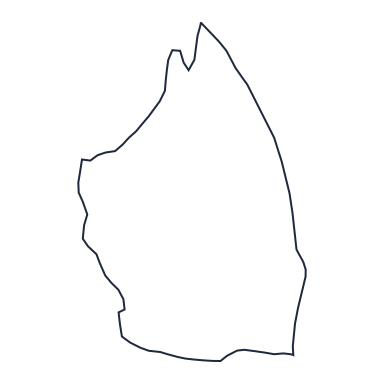 the district of VI-3 Black Bush Polder, East Berbice-Corentyne, Guyana
{"feature_id": "73187651B65372022493743", "entity_name": "VI-3 Black Bush Polder", "entity_type": "district", "adm_level": 2, "iso_a3": "GUY", "parent_name": "Guyana", "parent_adm1": "East Berbice-Corentyne", "projection": "equal_earth", "projection_center": [-57.284, 6.065], "detail": "fine", "context": "isolated", "style": "outline", "palette": "slate", "viewbox_px": 384, "rotation_deg": 0, "n_neighbors": 0, "source": "geoboundaries", "source_scale": "gbopen_adm2", "svg_char_len": 1055}
<svg xmlns="http://www.w3.org/2000/svg" viewBox="0 0 384 384"><path d="M293.3,355.1L292.8,346.3L295.0,323.7L298.0,308.1L305.6,276.5L305.7,269.6L303.3,262.0L296.5,249.6L292.5,213.0L289.5,193.2L281.7,161.6L274.1,137.6L247.3,84.6L244.1,80.2L235.6,68.1L226.4,50.7L218.9,41.5L201.2,23.0L200.8,23.1L200.4,25.3L197.5,36.0L196.1,46.5L194.4,59.8L188.6,70.2L183.7,62.7L180.1,50.8L172.3,50.2L168.2,60.1L166.8,70.6L165.7,80.8L164.9,90.8L159.8,101.2L148.7,116.3L142.4,123.7L136.0,131.4L128.9,137.7L122.6,144.6L115.1,151.1L105.6,152.5L97.6,155.2L90.3,160.6L82.0,159.5L80.0,172.4L78.3,182.6L78.7,192.6L82.9,202.0L87.3,214.5L84.1,225.2L82.8,238.7L87.9,246.2L96.5,254.3L99.9,263.4L105.3,275.6L111.6,283.1L118.4,289.8L123.4,299.2L124.6,309.5L118.6,312.4L120.0,324.6L121.9,336.5L130.2,342.6L140.3,347.7L148.9,350.8L160.2,352.0L167.5,354.2L177.0,356.8L185.0,358.5L192.7,359.4L202.8,360.3L212.3,360.9L220.5,361.0L227.0,355.8L237.1,350.6L244.4,349.8L255.9,351.3L265.4,352.7L274.0,354.2L283.5,353.4L291.2,354.3L293.3,355.1Z" fill="none" stroke="#1e293b" stroke-width="2"/></svg>